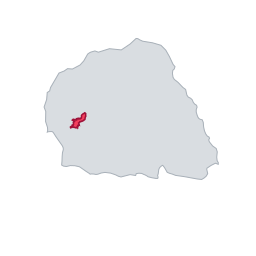 José Pedro Varela, Lavalleja, Uruguay (highlighted), rotated 145°
{"feature_id": "84410073B20043717754830", "entity_name": "José Pedro Varela", "entity_type": "district", "adm_level": 2, "iso_a3": "URY", "parent_name": "Uruguay", "parent_adm1": "Lavalleja", "projection": "natural_earth1", "projection_center": [-54.355, -33.484], "detail": "fine", "context": "in_parent", "style": "filled", "palette": "rose", "viewbox_px": 256, "rotation_deg": 145, "n_neighbors": 0, "source": "geoboundaries", "source_scale": "gbopen_adm2", "svg_char_len": 4948}
<svg xmlns="http://www.w3.org/2000/svg" viewBox="0 0 256 256"><g transform="rotate(145 128 128)"><path d="M196.5,170.9L195.1,172.2L193.6,174.7L191.8,180.6L185.9,188.7L184.7,193.3L178.3,198.0L173.8,203.4L170.9,203.3L168.2,205.6L153.0,212.6L147.6,211.3L143.5,211.3L139.7,208.2L131.2,207.1L125.8,208.3L118.6,211.7L116.4,211.7L114.9,211.5L110.9,210.1L108.8,207.1L97.7,203.6L88.7,195.8L78.1,195.6L70.0,196.7L68.7,195.6L67.9,193.6L66.2,190.7L59.1,183.8L53.6,176.9L52.4,170.1L53.1,162.8L54.6,154.1L54.3,151.3L56.3,149.8L58.3,149.5L60.3,147.2L62.0,143.8L62.2,141.2L60.8,136.5L59.8,129.8L58.7,126.5L60.9,121.2L60.9,118.7L59.6,116.4L59.2,114.1L59.8,111.7L59.7,109.5L58.8,107.3L59.4,105.5L61.5,104.0L63.0,101.9L64.0,98.9L64.5,96.7L64.5,95.1L63.8,93.6L62.5,92.2L63.1,89.5L65.5,85.4L67.0,81.8L67.7,78.6L67.7,76.0L66.8,74.0L67.2,72.7L68.7,72.0L69.3,70.0L69.0,64.8L67.5,60.6L68.6,57.2L72.0,53.3L73.7,50.2L73.9,47.8L74.9,46.5L76.6,49.0L81.4,49.7L86.3,49.8L87.1,49.2L88.9,44.9L91.5,43.7L94.2,43.4L97.2,43.6L100.4,46.4L109.5,55.6L116.2,61.9L118.2,64.9L120.0,67.1L121.3,69.2L120.8,74.6L120.9,77.0L121.2,77.7L122.7,77.7L124.9,77.4L126.8,76.2L128.3,74.5L129.7,73.0L130.9,72.3L131.3,71.1L132.0,69.9L132.7,69.7L134.0,70.6L137.1,73.7L139.5,76.5L140.1,78.2L141.0,79.9L142.0,81.4L142.7,82.8L145.0,84.7L147.4,85.9L149.0,84.7L153.0,88.6L161.8,91.9L163.5,93.9L165.0,96.7L168.1,101.0L172.4,104.9L175.8,106.5L179.1,107.4L180.9,108.3L182.2,109.7L184.2,111.3L185.5,111.9L185.9,113.4L187.2,116.5L188.6,120.4L190.0,124.1L193.2,127.6L196.8,130.3L200.6,131.8L202.7,133.8L203.6,135.7L201.1,138.7L198.3,142.4L195.9,145.3L193.4,147.4L192.5,148.8L192.0,150.9L192.0,162.5L191.8,166.8L191.9,167.9L192.3,168.7L193.9,169.8L195.7,170.8L196.5,170.9Z" fill="#d9dde1" stroke="#a8b0b8" stroke-width="1"/><path d="M163.9,160.8L163.7,160.7L163.5,160.4L163.4,160.3L163.2,160.3L162.9,160.4L162.7,160.2L162.5,160.3L162.4,160.3L162.2,160.3L162.1,160.2L161.9,160.0L162.0,160.0L161.9,159.9L161.7,159.8L161.4,159.8L161.2,159.9L160.9,159.8L160.7,159.7L160.4,159.6L159.9,159.6L159.7,159.7L159.7,159.8L159.4,159.9L159.1,159.8L159.1,159.7L158.9,159.7L158.6,159.7L158.4,159.7L158.2,159.9L158.0,160.1L157.9,160.3L157.7,160.4L157.5,160.7L157.1,161.1L156.7,161.5L156.3,161.6L156.2,161.6L156.1,161.8L155.8,161.9L155.7,162.1L155.4,162.6L155.2,162.8L155.2,163.0L155.0,163.4L154.9,163.4L154.8,163.6L154.8,163.8L154.6,164.2L154.5,164.3L154.4,164.3L154.5,164.9L154.7,165.3L154.9,165.3L155.4,165.2L156.2,165.3L156.3,165.3L156.9,165.4L157.0,165.3L157.3,165.3L158.4,165.2L159.2,164.7L159.6,163.7L160.2,163.4L160.6,162.9L161.3,162.9L161.4,163.0L161.3,163.3L161.5,163.4L162.0,163.0L162.3,163.2L162.5,163.4L162.6,163.6L162.7,163.8L162.6,164.0L162.9,164.2L163.0,164.1L163.0,164.3L163.3,164.4L163.3,164.6L163.6,164.7L163.9,164.8L163.9,164.6L164.0,164.5L164.1,164.4L164.3,164.5L164.5,164.5L164.6,164.8L164.9,164.9L165.0,164.9L165.1,165.1L165.5,164.8L165.6,164.6L165.6,164.4L165.8,164.5L166.0,164.5L166.0,164.4L166.3,164.6L166.2,164.7L166.3,164.7L166.5,164.7L166.7,164.8L166.7,165.1L166.8,165.3L166.8,165.5L167.0,165.7L167.1,165.8L167.2,165.7L167.3,165.7L167.3,165.8L167.5,165.9L167.6,166.0L167.6,166.3L167.7,166.5L167.8,166.5L167.8,166.4L167.9,166.5L168.0,166.4L168.3,166.5L168.5,166.5L168.5,166.4L168.7,166.5L168.9,166.5L169.1,166.5L169.2,166.4L169.0,166.2L168.9,166.1L168.6,165.0L168.4,164.5L168.2,164.0L168.5,164.0L168.9,163.9L169.6,163.9L169.7,163.6L170.0,163.2L170.2,162.8L170.3,162.4L170.5,162.2L170.8,162.2L171.0,162.2L171.2,161.9L171.3,162.0L171.4,161.8L171.5,161.8L171.6,161.7L171.7,161.8L171.7,161.7L171.8,161.6L172.0,161.5L172.0,161.3L172.1,161.5L172.3,161.4L172.5,161.3L172.5,161.5L172.3,161.6L172.4,161.8L172.6,161.8L172.8,161.9L173.0,161.8L173.3,161.9L173.5,161.9L173.5,162.0L173.6,161.8L173.8,161.8L173.9,161.7L174.0,161.8L174.1,161.7L174.2,161.8L174.3,161.8L174.5,161.7L174.6,161.8L174.7,161.7L174.8,161.4L174.7,161.3L174.8,161.2L174.8,160.9L174.7,160.9L174.6,161.0L174.3,161.1L174.2,161.1L174.1,160.9L173.9,160.8L173.5,160.7L173.4,160.6L173.2,160.7L172.9,160.7L172.7,160.4L172.5,160.2L172.4,160.2L172.2,160.0L172.2,159.9L172.0,159.6L171.9,159.6L171.7,159.5L171.7,159.4L171.5,159.2L171.4,159.2L171.2,159.0L171.2,158.9L171.2,158.7L171.0,158.4L170.8,158.4L170.7,158.3L170.7,158.2L170.3,158.1L170.3,157.9L170.2,157.8L170.1,157.7L169.9,157.7L169.7,157.4L169.4,157.2L169.4,157.3L169.5,157.4L169.4,157.5L169.4,157.4L169.3,157.5L169.2,157.7L168.9,157.5L168.7,157.6L168.3,157.7L168.3,157.8L168.1,157.8L168.3,157.9L168.3,158.0L168.2,158.1L167.9,158.2L168.0,158.4L167.8,158.4L167.8,158.6L167.7,158.8L167.6,158.7L167.4,158.7L167.2,158.7L166.9,158.6L166.7,158.5L166.6,158.4L166.6,158.5L166.6,158.4L166.4,158.3L166.3,158.5L166.2,158.5L166.3,158.5L166.2,158.6L166.3,158.7L166.2,158.8L166.2,159.0L166.1,159.3L166.0,159.5L166.0,159.4L165.9,159.4L165.9,159.5L165.7,159.6L165.7,160.0L165.5,160.4L165.5,160.5L165.2,160.5L164.7,160.5L164.4,160.5L164.2,160.6L163.9,160.8Z" fill="#f43f5e" stroke="#9f1239" stroke-width="1.5"/></g></svg>